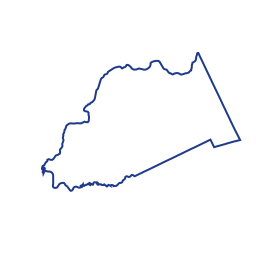 the border of Illinois, rotated 64°
{"feature_id": "USA-3546", "entity_name": "Illinois", "entity_type": "State", "adm_level": 1, "iso_a3": "USA", "parent_name": "United States of America", "parent_adm1": "", "projection": "mercator", "projection_center": [-89.31, 39.745], "detail": "fine", "context": "isolated", "style": "outline", "palette": "blue", "viewbox_px": 256, "rotation_deg": 64, "n_neighbors": 0, "source": "natural_earth", "source_scale": "10m", "svg_char_len": 5792}
<svg xmlns="http://www.w3.org/2000/svg" viewBox="0 0 256 256"><g transform="rotate(64 128 128)"><path d="M92.9,159.8L91.8,159.4L91.0,158.3L89.8,155.8L89.9,155.4L89.9,154.8L89.7,154.2L89.5,153.8L89.3,153.4L89.4,152.9L89.7,152.5L89.8,152.2L89.7,151.8L89.2,151.0L89.0,150.6L89.0,150.1L89.1,149.2L89.0,148.7L88.9,148.1L88.5,147.3L87.9,146.0L87.2,145.2L86.6,144.6L80.5,140.1L80.1,139.6L79.9,139.2L79.8,138.4L79.5,137.8L79.0,137.3L72.4,131.1L71.8,130.3L71.5,129.1L71.5,128.3L71.4,127.9L71.2,127.5L70.5,126.8L70.3,126.4L70.0,126.0L69.8,125.7L69.8,125.3L70.0,124.3L70.1,123.5L70.0,123.2L69.9,122.9L69.8,122.6L69.7,122.4L69.2,121.8L68.8,121.3L68.7,120.7L68.0,115.0L68.0,113.4L68.2,111.9L68.6,110.1L69.2,108.6L70.0,107.8L71.6,107.4L71.9,107.0L71.8,106.5L71.7,105.5L71.7,105.0L71.9,103.9L71.8,103.2L71.6,102.7L70.9,102.0L70.8,101.7L70.8,101.4L71.1,101.0L71.1,100.7L71.6,100.1L72.7,99.5L73.9,98.9L74.7,98.7L75.8,98.6L76.8,98.2L77.7,97.5L78.4,96.5L79.0,95.1L79.1,94.3L79.2,92.8L79.3,92.2L79.6,91.7L80.1,91.0L82.7,87.9L83.2,86.6L83.3,85.0L83.1,83.3L82.7,81.9L81.9,80.8L80.6,79.7L80.2,79.6L79.6,79.3L79.3,78.5L79.2,77.6L79.2,76.9L79.4,75.4L79.8,73.8L80.4,72.4L81.0,71.3L82.1,70.6L89.7,70.0L90.9,69.6L91.4,69.1L92.4,67.9L93.0,67.6L95.6,67.2L96.7,66.7L97.2,66.3L97.4,65.8L97.7,65.6L98.9,64.9L99.3,64.5L99.4,64.1L99.5,63.8L99.5,62.9L99.4,62.7L99.3,62.4L99.6,61.7L99.7,60.9L100.0,60.1L100.4,59.4L100.7,58.9L101.1,58.5L102.2,57.6L102.7,57.4L103.1,57.1L103.5,56.3L103.8,54.7L104.0,52.5L104.5,51.2L104.7,49.7L104.8,49.3L104.1,47.7L104.0,47.2L104.0,46.6L104.0,46.2L103.8,45.9L103.4,45.9L103.1,45.7L102.5,44.9L102.2,44.6L99.9,43.2L99.6,43.1L99.2,42.9L98.6,42.1L97.7,41.6L97.5,40.7L97.4,38.7L97.4,38.9L97.0,37.7L96.1,36.9L93.9,35.4L93.0,34.6L92.6,34.1L92.2,33.7L91.4,33.2L91.1,32.7L91.4,31.9L91.5,31.9L96.2,32.0L101.0,32.0L105.7,32.1L119.9,32.2L124.6,32.3L129.3,32.3L143.5,32.4L148.2,32.5L153.0,32.5L157.7,32.6L162.4,32.6L167.1,32.7L177.3,32.7L182.2,32.6L188.0,32.5L187.4,35.2L186.7,38.1L186.1,41.4L185.5,44.7L184.9,48.4L184.1,52.8L183.4,56.4L183.0,59.0L182.6,59.0L182.4,59.0L181.1,59.0L174.6,59.0L174.6,60.5L174.6,65.7L174.6,70.8L174.6,76.0L174.5,81.1L174.5,86.2L174.5,91.4L174.5,96.5L174.5,101.5L174.4,106.6L174.4,116.8L174.4,126.8L174.3,131.9L174.3,136.9L174.3,141.9L174.3,143.2L174.2,143.3L172.6,144.1L172.1,144.6L171.8,145.3L172.0,145.9L172.6,147.1L172.5,148.6L170.8,150.3L170.7,151.6L170.9,151.9L171.1,152.0L171.5,152.3L172.3,153.1L172.6,153.7L172.8,155.0L172.9,155.6L173.2,156.0L174.0,156.7L174.2,157.1L174.2,158.5L174.1,158.9L173.7,159.4L173.7,159.8L174.0,161.1L174.5,162.4L174.9,163.7L174.0,166.2L173.9,166.5L173.6,166.6L173.2,166.6L172.9,166.6L172.5,167.0L172.1,167.6L171.9,168.2L172.0,168.9L171.9,169.1L171.8,169.3L171.7,169.4L171.8,169.4L171.5,169.6L171.1,169.9L170.9,170.3L170.7,170.8L170.8,171.3L171.3,172.1L171.3,172.5L171.1,172.8L170.9,172.8L170.8,172.7L170.5,172.7L170.3,172.8L170.1,173.2L169.8,173.4L169.0,173.8L168.2,174.1L168.2,174.3L168.6,174.7L168.4,175.4L168.0,176.1L167.6,176.6L167.4,176.8L166.9,176.9L166.7,177.1L166.5,177.5L166.2,178.3L166.1,178.6L166.0,178.9L166.0,179.4L165.9,179.7L165.7,179.9L165.3,179.4L165.3,179.1L165.2,179.0L164.8,179.3L164.6,179.6L164.4,180.2L164.1,180.1L163.8,179.7L163.8,179.4L163.3,179.6L163.0,180.0L162.9,180.5L162.7,181.1L162.5,181.4L162.2,181.6L162.1,181.8L162.0,182.2L162.0,182.6L162.2,182.9L162.4,183.1L162.5,183.3L162.8,183.6L163.3,183.9L163.6,184.3L163.3,184.9L163.1,185.1L162.5,185.2L162.2,185.4L161.7,185.9L161.0,186.4L161.5,186.6L162.3,186.5L162.7,186.9L162.3,187.2L161.9,187.5L161.4,187.7L161.0,187.8L160.6,188.0L161.0,188.8L160.7,189.2L160.8,189.5L160.9,190.1L160.9,190.6L160.8,190.8L160.5,191.0L160.5,191.4L160.7,192.1L160.7,192.6L160.8,192.9L160.7,193.1L160.3,193.4L160.0,193.4L158.9,193.1L159.3,193.7L160.6,195.0L160.8,195.3L160.5,195.5L160.1,195.5L159.3,195.5L159.2,195.5L159.3,195.9L159.5,195.9L160.0,196.0L160.6,196.2L160.5,196.7L160.5,197.4L160.2,198.1L159.8,198.6L158.3,199.9L158.0,200.3L157.7,201.1L157.5,201.9L157.7,202.5L158.1,203.4L158.2,203.6L159.0,204.5L159.6,205.9L159.4,206.9L158.6,207.4L153.7,208.3L152.1,209.2L151.6,209.3L150.4,209.3L149.9,209.4L149.4,209.6L149.1,210.0L148.8,210.5L148.3,211.9L148.2,213.2L148.4,214.4L149.0,215.5L149.8,216.7L150.3,217.7L150.3,218.8L149.7,220.1L148.9,220.9L147.9,221.1L146.9,220.8L145.0,219.5L137.7,216.0L136.4,215.7L135.1,215.9L134.0,216.4L133.1,217.1L132.8,217.5L131.9,219.2L131.0,220.2L130.4,221.3L130.5,222.1L131.0,222.9L131.9,224.0L131.3,223.8L131.1,223.8L130.8,224.0L130.5,224.1L130.2,224.0L129.9,223.7L129.8,223.3L129.7,223.0L129.6,222.6L129.4,222.4L128.9,222.0L128.6,221.8L128.5,221.5L128.4,220.7L128.2,220.6L127.6,220.5L127.1,220.6L126.9,221.0L127.2,221.7L127.5,222.0L127.9,222.5L128.0,223.0L127.8,223.3L127.5,223.3L126.4,222.9L125.1,221.8L124.7,221.2L124.9,220.3L124.5,219.3L123.4,217.8L122.8,216.7L122.6,216.2L122.5,215.6L122.5,215.2L122.1,214.8L121.9,214.7L121.4,214.5L121.2,214.4L121.2,213.1L122.0,212.1L122.9,211.2L123.4,210.0L123.1,208.6L122.5,207.4L121.8,206.3L121.2,205.2L121.1,204.5L121.2,203.9L121.3,203.3L121.4,202.7L121.3,202.1L121.1,201.5L121.0,201.0L121.2,200.6L120.5,199.9L117.9,198.7L117.3,198.0L116.6,196.2L115.9,195.2L115.3,194.8L113.6,194.1L113.0,193.6L111.5,192.0L110.6,191.3L109.7,191.1L109.4,191.0L108.4,191.0L108.0,190.7L106.5,189.4L105.5,189.2L104.8,188.4L104.2,187.6L103.5,186.9L102.5,186.3L102.0,185.9L101.8,185.4L101.7,185.1L100.9,184.3L100.7,184.0L99.3,182.7L99.0,182.4L98.9,182.0L98.7,181.6L98.6,181.1L98.3,179.5L98.4,178.3L98.8,177.2L100.1,175.1L101.5,171.3L102.8,169.1L103.3,168.0L103.3,166.6L103.2,165.2L103.2,164.4L103.6,164.0L104.0,163.7L104.5,162.9L104.9,162.1L105.1,161.5L104.7,160.5L103.6,159.7L101.0,158.2L99.6,157.8L99.0,157.7L98.5,157.6L97.6,157.0L97.1,156.8L95.7,157.0L94.0,159.3L92.9,159.8Z" fill="none" stroke="#1e3a8a" stroke-width="2"/></g></svg>